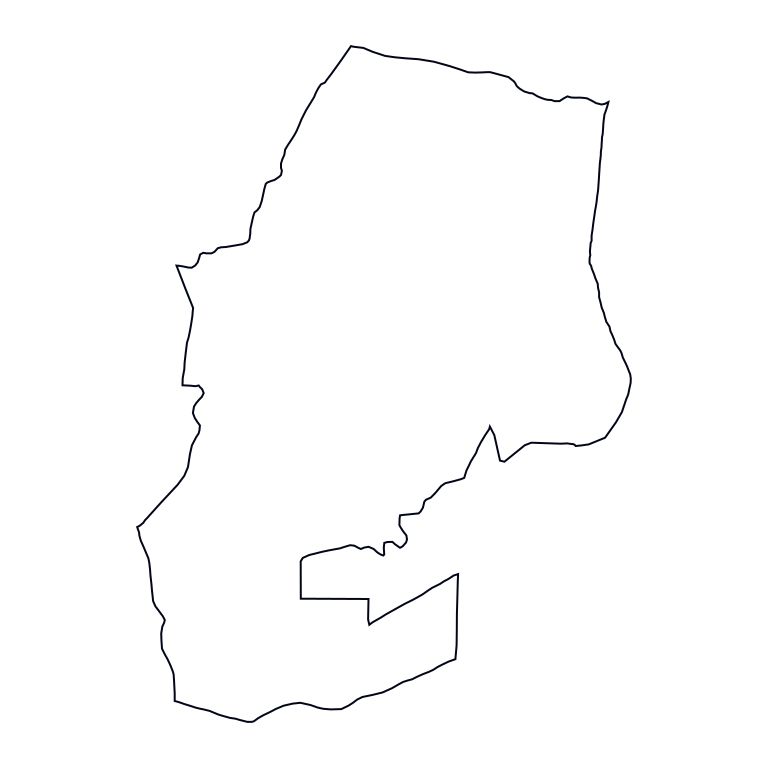 the district of Kampong Siem, Kâmpóng Cham, Cambodia
{"feature_id": "14789045B55326274387171", "entity_name": "Kampong Siem", "entity_type": "district", "adm_level": 2, "iso_a3": "KHM", "parent_name": "Cambodia", "parent_adm1": "Kâmpóng Cham", "projection": "robinson", "projection_center": [105.438, 12.055], "detail": "fine", "context": "isolated", "style": "outline", "palette": "ink", "viewbox_px": 768, "rotation_deg": 0, "n_neighbors": 0, "source": "geoboundaries", "source_scale": "gbopen_adm2", "svg_char_len": 5001}
<svg xmlns="http://www.w3.org/2000/svg" viewBox="0 0 768 768"><path d="M176.5,265.6L185.3,288.4L193.1,307.9L192.7,311.8L192.4,315.9L191.2,323.8L190.0,330.7L188.6,337.5L187.0,342.6L185.8,352.3L184.6,362.9L184.3,369.3L182.7,378.2L182.5,385.3L190.6,385.7L195.4,386.2L198.7,385.5L199.6,386.7L202.2,389.3L203.7,393.1L202.6,395.3L201.9,396.8L199.3,399.5L196.2,403.1L194.0,406.6L192.9,413.0L194.8,418.0L197.3,421.9L199.9,425.4L199.5,430.1L198.6,433.5L196.1,437.3L191.9,445.4L189.9,454.4L188.0,467.0L184.3,475.8L177.6,484.8L160.9,502.7L146.5,518.7L145.0,520.2L143.3,522.8L139.8,525.7L137.2,527.0L137.9,529.2L139.0,532.2L139.4,535.7L140.8,540.7L143.5,546.7L146.1,552.9L148.4,558.3L149.3,562.9L150.0,569.0L150.5,575.8L151.4,583.8L152.1,591.8L152.5,595.1L153.1,601.0L155.4,606.3L159.7,612.0L162.8,616.2L164.8,620.0L164.1,622.8L162.3,626.7L161.2,633.6L161.5,641.5L162.0,648.7L164.9,654.5L167.5,659.1L170.3,665.1L172.7,671.1L173.6,674.2L174.1,681.5L174.4,687.7L174.7,693.3L174.7,697.4L174.7,701.0L178.8,702.1L184.5,704.1L189.8,705.7L195.6,707.6L199.2,708.5L201.5,709.0L203.2,709.3L209.6,710.9L214.4,712.9L218.8,714.7L223.9,716.2L230.1,717.9L235.5,718.7L239.9,720.0L247.4,721.9L251.9,721.9L254.0,721.2L258.4,718.0L263.4,715.2L269.7,712.2L276.0,708.9L283.6,705.7L292.8,703.6L300.4,702.8L310.4,705.0L315.3,706.7L317.5,707.5L323.2,708.8L330.8,709.4L341.3,709.1L348.4,705.7L353.1,702.7L357.1,699.6L362.4,697.0L372.6,694.9L382.7,692.4L392.0,688.2L398.4,684.5L403.0,682.0L407.3,680.6L412.1,679.3L417.2,676.7L422.8,674.2L428.8,671.9L433.3,669.8L437.6,667.0L443.1,664.2L448.6,661.6L452.2,660.3L455.4,659.2L456.6,645.3L456.8,630.5L456.9,614.3L457.4,596.1L457.8,580.5L458.1,574.1L453.7,575.5L448.2,579.1L444.0,581.3L439.9,584.0L438.4,584.7L436.7,585.6L432.2,587.8L427.5,590.9L422.4,594.5L417.1,597.5L412.1,600.2L404.4,604.0L397.8,607.7L386.0,614.3L380.8,617.6L372.4,622.4L369.3,624.8L368.1,619.4L368.5,599.0L300.8,598.7L300.7,561.3L302.8,557.9L309.3,555.0L315.8,553.4L321.7,551.9L328.8,550.4L334.7,549.3L339.8,548.4L344.4,546.9L350.2,545.2L354.4,545.7L358.2,547.8L360.9,549.0L364.1,547.6L368.6,546.8L373.7,549.0L377.2,552.3L380.8,554.6L383.3,555.5L384.2,554.5L383.8,547.8L384.3,542.9L387.4,542.0L392.4,541.9L395.1,544.3L400.0,547.8L402.8,546.2L406.1,542.4L407.0,539.4L406.4,535.5L402.9,531.0L400.5,527.2L399.4,525.2L399.6,518.1L400.1,515.3L402.6,515.0L418.6,513.4L420.6,511.5L422.9,507.7L423.5,505.3L424.3,501.8L425.9,499.8L430.8,497.6L435.4,492.9L441.2,486.0L445.3,483.2L452.8,481.4L460.5,479.3L462.4,478.6L464.2,477.9L466.5,470.4L469.1,465.2L470.8,461.5L473.5,457.1L476.0,453.1L477.8,448.2L481.1,441.9L485.2,435.1L489.1,429.3L489.9,426.6L494.3,435.1L500.0,460.6L504.4,461.7L524.7,445.3L531.3,442.7L560.9,443.7L567.3,443.4L571.3,444.0L573.5,444.2L574.6,444.8L575.7,446.0L581.7,445.4L588.7,444.4L605.1,437.7L615.9,422.4L621.9,412.1L626.3,399.0L628.2,394.5L629.3,389.0L630.6,383.1L630.8,378.6L630.2,374.3L628.6,370.4L627.2,366.7L625.5,363.0L622.9,357.7L621.3,352.5L620.0,350.1L617.7,347.0L615.5,343.9L614.0,339.2L612.2,334.9L610.4,331.0L609.5,326.7L606.4,322.0L604.9,317.1L603.9,313.0L601.7,307.6L600.6,302.7L599.1,297.2L599.1,292.3L598.1,288.2L597.7,283.7L595.3,278.1L594.2,274.6L591.9,268.9L591.1,265.8L589.7,263.6L589.5,261.1L589.7,257.4L590.3,255.2L589.9,251.5L590.5,245.1L590.6,243.3L591.6,240.8L591.6,235.6L592.1,232.4L592.4,230.5L592.8,227.3L593.3,223.1L594.3,216.3L595.1,210.6L596.0,205.7L596.6,201.8L597.1,196.9L598.0,190.8L598.2,188.7L598.5,184.4L598.9,178.7L599.2,173.3L599.4,170.5L599.6,167.5L599.9,162.8L600.4,159.0L600.8,155.2L600.9,151.5L601.5,147.4L601.6,144.6L601.9,140.2L602.0,137.4L602.7,133.9L603.0,129.7L603.2,127.0L603.3,124.6L603.6,121.3L603.9,118.9L604.2,116.8L604.4,114.7L605.5,111.7L606.4,109.1L607.5,105.6L608.4,102.0L604.7,103.9L601.5,104.5L596.0,103.1L592.2,100.9L586.9,98.3L582.5,97.8L579.2,97.6L575.3,97.7L571.1,97.5L567.5,96.4L563.8,98.3L559.6,101.1L554.5,101.1L551.3,100.0L547.6,99.8L544.5,99.1L541.5,98.0L537.6,96.4L532.6,93.4L529.6,93.1L524.3,91.5L521.3,89.7L519.3,88.4L516.7,86.0L515.6,83.8L514.1,81.5L508.5,77.1L504.0,75.9L497.1,74.0L489.9,72.1L488.2,72.1L482.5,72.4L474.8,72.6L468.1,72.3L460.5,69.6L450.0,66.2L433.8,61.7L418.4,59.2L405.6,58.3L395.0,57.3L385.1,55.9L372.9,51.9L363.3,47.9L353.3,46.7L351.0,46.1L341.2,60.2L331.2,74.1L326.8,79.8L324.9,82.6L320.9,84.4L318.3,88.2L315.9,92.7L314.1,97.1L310.9,102.4L306.2,110.0L303.9,114.5L301.4,119.5L299.3,124.7L296.6,131.0L294.2,135.4L290.6,141.0L288.1,144.7L285.2,149.5L284.3,154.9L282.3,159.4L281.0,163.6L281.0,167.8L281.9,170.8L281.0,175.0L279.4,176.6L277.0,178.3L274.6,179.9L270.9,181.1L267.5,182.4L265.8,183.8L264.3,189.1L263.2,194.3L261.7,201.1L259.7,207.1L257.2,210.3L254.5,212.4L253.2,216.5L252.0,221.6L250.4,229.1L250.3,233.2L249.6,238.5L248.9,240.5L247.2,242.3L242.4,244.2L233.8,245.7L225.9,247.0L221.1,247.3L217.8,248.2L214.5,251.8L211.6,253.3L206.2,253.3L203.2,252.8L200.1,254.5L199.1,258.2L197.6,262.5L195.2,265.5L191.7,267.7L188.1,267.5L182.9,266.4L179.1,265.8L176.5,265.6Z" fill="none" stroke="#020617" stroke-width="2"/></svg>